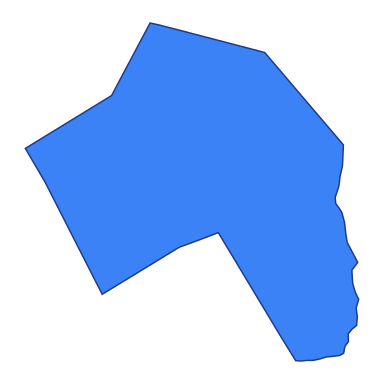 the district of Wall Ferraz, Piauí, Brazil
{"feature_id": "56859067B98259691678439", "entity_name": "Wall Ferraz", "entity_type": "district", "adm_level": 2, "iso_a3": "BRA", "parent_name": "Brazil", "parent_adm1": "Piauí", "projection": "equal_earth", "projection_center": [-41.824, -7.271], "detail": "fine", "context": "isolated", "style": "filled", "palette": "blue", "viewbox_px": 384, "rotation_deg": 0, "n_neighbors": 0, "source": "geoboundaries", "source_scale": "gbopen_adm2", "svg_char_len": 666}
<svg xmlns="http://www.w3.org/2000/svg" viewBox="0 0 384 384"><path d="M102.2,294.3L179.1,247.3L199.8,239.7L218.3,232.6L279.8,334.9L295.7,360.7L301.5,361.0L306.7,360.4L313.1,360.4L320.4,358.8L326.1,357.0L332.4,356.4L339.5,355.5L343.6,353.3L345.0,346.2L348.4,341.6L348.2,333.9L352.1,329.1L356.6,325.4L357.3,317.0L356.2,307.8L358.7,299.3L355.5,292.8L352.8,283.9L352.3,278.0L351.9,270.1L357.7,262.4L347.2,242.4L345.9,234.4L344.5,222.4L342.0,212.8L339.2,208.3L335.7,203.4L335.2,197.3L338.8,186.5L340.0,176.9L342.5,165.5L343.4,144.9L264.7,52.5L159.7,25.1L150.1,23.0L111.6,95.5L25.3,148.4L44.9,181.8L102.2,294.3Z" fill="#3b82f6" stroke="#1e3a8a" stroke-width="1.5"/></svg>